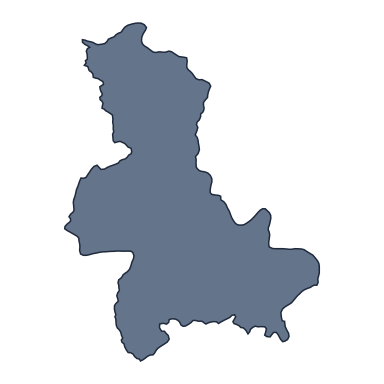 Virgem da Lapa, Minas Gerais, Brazil (Albers equal-area conic projection)
{"feature_id": "56859067B3157753034175", "entity_name": "Virgem da Lapa", "entity_type": "district", "adm_level": 2, "iso_a3": "BRA", "parent_name": "Brazil", "parent_adm1": "Minas Gerais", "projection": "albers", "projection_center": [-42.339, -16.692], "detail": "fine", "context": "isolated", "style": "filled", "palette": "slate", "viewbox_px": 384, "rotation_deg": 0, "n_neighbors": 0, "source": "geoboundaries", "source_scale": "gbopen_adm2", "svg_char_len": 5350}
<svg xmlns="http://www.w3.org/2000/svg" viewBox="0 0 384 384"><path d="M294.8,248.7L292.0,249.2L289.6,249.3L286.8,249.0L282.9,248.7L278.8,248.7L274.7,248.7L272.3,248.4L269.2,246.9L268.7,244.2L268.8,241.6L269.3,238.4L269.7,234.8L269.2,232.1L268.3,230.0L268.3,227.8L269.2,225.5L269.8,223.3L270.3,220.8L270.8,218.5L270.7,215.4L269.4,212.7L267.5,210.9L265.3,208.8L262.7,208.7L260.3,210.1L257.8,212.6L255.7,215.1L253.6,217.4L251.3,219.7L248.9,221.6L246.6,223.2L244.0,224.7L241.8,225.1L239.0,225.1L236.8,224.4L235.1,223.0L233.8,221.2L232.5,219.1L231.4,216.9L230.3,214.0L229.3,211.2L228.2,209.3L227.1,207.3L226.0,204.5L223.8,201.7L220.8,199.8L220.7,196.3L218.8,195.4L215.1,195.0L211.6,194.3L210.2,192.6L210.2,189.7L210.9,185.4L211.9,181.8L211.8,178.6L210.3,175.4L208.3,173.4L206.5,172.4L204.1,171.7L201.2,171.3L199.2,170.5L197.7,169.1L196.3,167.3L196.1,165.1L196.0,162.3L196.2,159.6L195.5,156.6L198.1,153.6L199.4,149.7L199.0,146.4L198.4,143.2L198.0,140.0L197.1,137.3L195.2,134.8L196.2,132.7L197.0,130.5L197.8,127.5L196.5,124.5L197.1,122.1L199.3,119.9L200.6,116.8L200.7,113.8L202.6,112.5L203.7,110.4L204.1,108.0L203.5,105.3L203.5,102.5L205.2,100.1L207.5,97.5L207.7,95.1L208.4,91.9L209.4,89.1L210.7,86.2L209.2,83.2L206.0,81.5L202.1,79.6L198.8,79.8L196.0,78.6L194.1,76.1L192.4,73.6L190.2,71.3L188.2,69.7L186.8,67.3L186.8,64.5L187.2,60.9L186.6,57.8L184.3,57.3L182.1,57.0L178.8,56.5L175.4,54.3L173.3,52.9L171.5,51.7L169.0,51.1L165.5,52.2L162.7,52.2L160.6,51.9L158.5,51.9L155.9,52.5L153.1,52.0L150.3,50.0L147.5,47.8L144.4,45.9L142.4,43.8L141.5,41.0L141.8,37.1L143.3,33.5L145.4,30.3L146.5,27.5L144.3,24.7L141.3,23.2L138.0,23.0L135.1,23.3L132.0,24.0L127.7,25.3L124.7,27.3L122.7,29.9L121.0,32.3L118.4,33.2L115.9,34.8L114.0,36.9L111.1,37.9L108.4,39.2L106.8,41.8L104.6,43.6L102.2,44.1L99.6,44.5L97.2,44.6L95.2,43.7L93.1,42.5L90.4,41.7L87.4,41.1L85.0,40.1L82.4,39.7L82.5,42.3L85.0,44.5L87.6,45.8L89.7,47.3L87.4,48.6L86.3,51.2L87.0,53.5L87.3,56.4L87.3,59.3L85.4,60.7L86.1,63.0L84.3,65.3L87.8,66.6L89.2,70.6L91.3,72.0L92.9,74.0L93.3,77.3L95.8,78.2L98.1,78.6L100.3,80.1L103.0,81.7L103.5,84.4L101.5,85.6L99.8,86.8L100.2,89.2L101.0,91.6L102.2,93.5L101.8,95.7L99.8,97.3L100.2,99.8L102.0,101.2L103.0,103.3L102.4,105.7L102.0,108.2L104.1,109.1L105.6,110.7L107.8,111.9L109.8,113.2L112.4,115.0L112.9,119.0L112.7,122.3L113.3,125.4L113.2,128.8L113.7,131.8L112.6,134.3L112.9,137.4L113.2,140.7L114.8,142.7L117.6,141.8L120.2,141.4L122.6,142.5L124.8,143.5L126.4,145.2L128.2,147.2L131.0,148.2L131.7,151.2L131.2,153.7L128.8,155.0L127.1,157.4L125.0,159.0L122.2,159.7L120.0,160.8L118.4,163.0L115.6,164.2L113.0,165.2L110.6,166.0L107.5,167.3L104.5,169.1L100.9,169.4L98.8,167.1L97.0,165.2L93.9,166.5L91.5,169.1L89.6,172.0L87.7,174.8L85.9,177.5L83.4,178.3L81.0,178.0L79.4,181.7L78.0,186.0L76.5,189.5L75.8,192.7L75.1,195.8L73.7,199.7L73.3,202.5L73.6,205.3L73.9,208.2L74.0,210.5L72.8,212.3L70.5,214.3L69.0,216.7L70.6,218.9L70.5,221.2L69.0,222.6L67.1,224.1L65.0,226.4L64.7,228.8L67.3,230.6L70.6,232.4L74.2,234.5L77.1,236.2L78.8,238.2L78.9,240.5L79.4,242.7L79.8,244.9L79.9,247.0L79.6,250.4L80.6,254.0L83.3,255.3L86.5,255.3L89.0,254.8L91.7,254.0L94.3,253.4L97.0,252.9L99.6,252.3L102.2,251.9L105.4,251.8L110.1,251.4L114.1,251.3L117.3,251.0L120.7,251.1L123.9,251.2L126.0,251.1L128.6,251.1L130.7,251.2L132.7,252.4L134.0,255.8L133.4,258.9L132.0,261.9L130.9,265.8L129.6,269.2L127.4,271.7L125.0,273.3L123.2,274.7L122.1,276.7L120.8,278.3L118.7,279.8L118.0,282.7L118.7,285.2L118.9,287.8L119.4,290.6L117.8,292.6L116.8,295.7L117.7,298.7L118.3,301.2L115.8,303.6L114.5,305.6L114.4,309.1L115.0,312.0L115.9,314.7L114.9,316.8L115.8,318.9L116.0,322.4L116.3,325.3L117.4,328.0L119.1,329.6L120.7,332.1L121.5,335.3L122.7,338.1L121.3,340.1L122.0,342.3L123.9,343.7L124.9,347.2L126.5,350.2L128.2,352.6L130.7,352.7L133.3,354.3L134.6,356.5L136.9,358.5L139.4,359.1L140.5,361.0L143.1,359.7L145.2,358.2L147.4,356.4L150.0,355.1L153.1,354.8L154.7,352.9L155.9,350.7L157.7,348.5L159.4,347.2L162.0,345.5L164.7,343.8L167.3,342.0L169.2,339.1L168.2,335.5L166.0,333.2L164.4,331.2L161.6,331.2L159.5,327.8L159.7,324.0L163.2,323.3L166.6,324.1L168.7,322.4L169.2,319.6L172.0,318.8L175.5,319.1L178.0,320.4L179.7,322.1L181.0,325.0L183.1,326.3L185.5,326.0L188.4,324.4L191.0,322.6L193.0,320.5L195.2,320.4L198.3,321.2L201.9,321.2L203.9,322.7L205.9,324.0L208.5,322.8L210.6,322.1L213.5,321.6L216.5,321.8L218.5,323.5L221.2,321.8L224.6,320.0L227.5,318.6L229.9,317.4L231.8,315.4L234.6,314.8L235.7,316.9L234.2,319.4L232.9,321.7L234.0,323.6L236.6,324.5L239.0,325.7L240.8,327.5L243.4,327.9L245.9,330.3L248.0,333.9L249.7,331.8L250.5,329.3L252.9,327.3L255.2,326.2L258.0,326.8L261.4,326.6L264.7,326.8L266.4,328.7L265.8,331.6L264.7,335.2L266.8,336.6L270.1,336.9L272.0,334.4L273.5,332.5L276.3,332.4L278.1,334.6L279.2,336.8L280.6,339.3L282.7,341.7L284.8,341.2L287.5,339.6L289.0,336.6L288.6,333.4L286.6,329.7L285.2,326.5L284.9,324.3L284.6,321.3L282.3,320.9L281.5,318.0L281.2,315.5L280.9,312.5L282.5,309.1L284.7,307.1L287.0,305.6L289.1,304.4L291.5,302.8L293.4,300.6L295.3,298.3L297.5,295.7L300.1,293.3L302.1,291.3L304.7,289.6L307.7,288.3L310.4,287.4L312.2,286.1L314.4,285.1L316.9,285.2L318.1,282.5L317.8,278.6L318.7,275.6L319.3,272.7L319.3,269.6L319.3,266.3L318.9,263.6L317.7,261.1L316.2,259.1L314.7,257.3L312.8,255.1L310.8,253.9L308.6,252.6L306.1,251.0L304.0,249.6L301.4,249.0L298.6,248.8L294.8,248.7Z" fill="#64748b" stroke="#1e293b" stroke-width="1.5"/></svg>